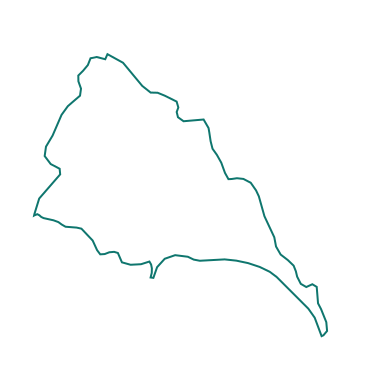 the County of Yilan, rotated 98°
{"feature_id": "TWN-1163", "entity_name": "Yilan", "entity_type": "County", "adm_level": 1, "iso_a3": "TWN", "parent_name": "Taiwan", "parent_adm1": "", "projection": "natural_earth1", "projection_center": [121.682, 24.662], "detail": "fine", "context": "isolated", "style": "outline", "palette": "teal", "viewbox_px": 384, "rotation_deg": 98, "n_neighbors": 0, "source": "natural_earth", "source_scale": "10m", "svg_char_len": 1430}
<svg xmlns="http://www.w3.org/2000/svg" viewBox="0 0 384 384"><g transform="rotate(98 192 192)"><path d="M316.7,43.6L299.4,53.0L291.4,60.5L264.4,96.3L260.2,103.9L256.8,114.5L254.6,126.6L253.8,138.6L254.2,150.3L259.0,174.7L258.7,180.9L256.7,187.1L256.9,199.9L261.9,209.7L271.3,216.1L282.4,218.3L282.4,221.1L277.7,220.6L273.2,221.1L269.5,222.4L266.8,224.5L270.6,232.4L272.6,242.7L271.4,251.6L262.7,256.9L262.1,260.8L263.2,265.5L265.6,269.8L266.5,274.2L262.8,277.9L253.9,283.6L243.7,296.4L243.3,301.3L244.0,312.4L242.3,316.6L240.4,320.1L239.3,325.2L238.5,335.3L237.7,337.8L236.3,339.9L235.5,342.1L237.0,344.7L237.3,345.1L235.8,345.0L219.7,342.4L192.9,325.0L187.4,326.3L184.0,335.8L176.9,342.9L167.4,342.9L155.5,337.9L133.7,331.9L124.3,326.9L120.6,323.7L112.2,316.3L105.1,316.3L98.2,319.9L92.5,320.8L87.2,316.8L80.8,312.8L73.7,311.1L71.6,305.2L72.6,296.4L67.3,294.9L73.6,278.3L93.9,256.0L99.3,246.8L98.5,239.9L100.4,232.4L103.8,222.2L104.6,219.8L110.2,217.3L114.9,218.3L119.9,216.3L123.1,210.2L118.6,190.6L126.4,184.5L130.8,183.1L139.2,180.6L146.3,177.7L151.8,172.5L158.9,167.1L168.5,162.0L174.2,157.7L173.6,154.5L172.1,149.4L171.9,142.9L174.7,135.1L181.5,128.8L187.0,125.2L205.9,116.9L225.4,104.2L234.3,101.2L241.6,95.5L246.1,87.6L250.8,81.1L256.1,78.1L261.2,76.1L267.8,71.5L270.2,65.6L266.6,60.0L268.6,55.3L284.7,51.7L290.0,47.9L302.2,40.9L310.8,38.9L315.6,41.9L316.7,43.6Z" fill="none" stroke="#0f766e" stroke-width="2"/></g></svg>